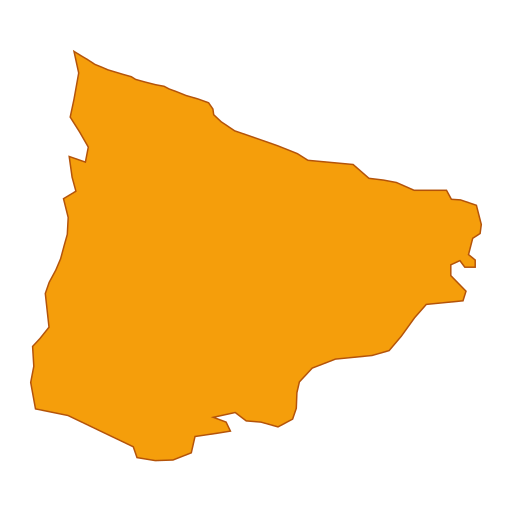 the district of Loutros, Cyprus
{"feature_id": "46923920B13222892315728", "entity_name": "Loutros", "entity_type": "district", "adm_level": 2, "iso_a3": "CYP", "parent_name": "Cyprus", "parent_adm1": "", "projection": "robinson", "projection_center": [32.761, 35.157], "detail": "fine", "context": "isolated", "style": "filled", "palette": "amber", "viewbox_px": 512, "rotation_deg": 0, "n_neighbors": 0, "source": "geoboundaries", "source_scale": "gbopen_adm2", "svg_char_len": 1272}
<svg xmlns="http://www.w3.org/2000/svg" viewBox="0 0 512 512"><path d="M481.3,224.5L476.4,205.3L460.5,199.9L451.4,199.3L446.5,190.3L414.1,190.3L396.4,182.5L383.6,180.1L368.9,178.3L353.1,164.5L307.9,160.3L297.5,153.7L278.0,145.9L257.2,138.6L234.6,130.8L221.2,121.8L213.7,114.7L212.9,109.0L208.6,102.8L198.1,99.0L186.0,95.5L176.6,91.7L169.2,89.0L164.1,86.3L155.5,84.7L145.3,82.1L139.5,80.5L135.6,79.4L131.3,76.7L123.1,74.4L116.8,72.5L107.8,69.8L101.6,67.1L94.9,64.4L87.9,59.8L81.3,55.9L74.0,51.4L78.7,73.0L74.0,99.3L70.2,117.1L79.7,132.1L88.3,147.1L85.4,162.1L69.2,156.5L72.1,177.2L75.9,191.2L63.5,198.7L68.2,217.5L67.3,234.4L64.4,244.7L60.6,258.8L55.8,270.1L49.2,282.3L45.3,293.5L49.0,327.2L39.9,338.6L32.6,346.4L33.8,366.3L30.7,382.5L35.5,408.9L68.0,415.5L102.6,432.1L133.3,446.8L137.0,457.6L155.3,460.6L173.0,460.0L191.3,452.8L195.0,436.5L219.4,432.9L230.4,431.1L226.1,422.1L213.3,417.3L235.2,412.5L246.2,420.9L260.9,422.1L278.0,426.9L292.6,419.1L296.3,408.3L296.9,392.7L299.4,381.9L312.2,368.1L335.4,359.1L372.0,355.5L389.1,350.6L401.3,336.2L414.7,317.6L426.3,304.4L463.0,300.8L466.0,291.2L450.8,275.6L450.8,264.8L459.9,260.6L464.8,267.2L475.2,267.2L475.2,260.0L468.5,254.6L472.7,238.3L480.1,233.5L481.3,224.5Z" fill="#f59e0b" stroke="#b45309" stroke-width="1.5"/></svg>